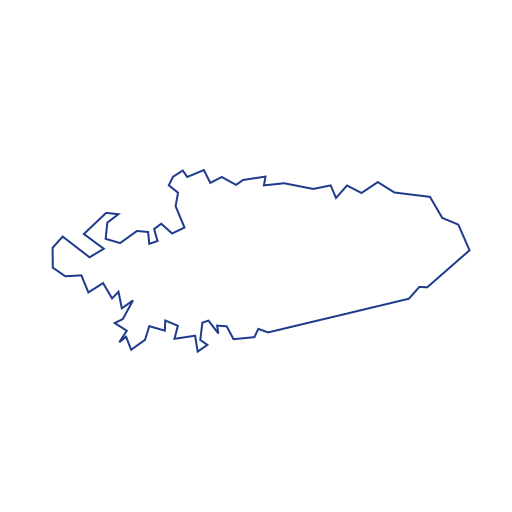 outline of Garrard, Kentucky, United States of America, rotated 306°
{"feature_id": "52423323B74527006029943", "entity_name": "Garrard", "entity_type": "district", "adm_level": 2, "iso_a3": "USA", "parent_name": "United States of America", "parent_adm1": "Kentucky", "projection": "albers", "projection_center": [-84.593, 37.65], "detail": "fine", "context": "isolated", "style": "outline", "palette": "blue", "viewbox_px": 512, "rotation_deg": 306, "n_neighbors": 0, "source": "geoboundaries", "source_scale": "gbopen_adm2", "svg_char_len": 1134}
<svg xmlns="http://www.w3.org/2000/svg" viewBox="0 0 512 512"><g transform="rotate(306 256 256)"><path d="M127.1,98.5L127.5,113.6L137.7,126.1L128.0,141.8L144.2,148.2L137.1,164.5L146.2,165.8L134.8,178.2L147.8,182.6L126.7,185.3L118.7,181.1L119.6,195.4L105.9,196.1L114.3,198.3L106.8,210.1L122.9,215.5L136.5,210.9L142.0,226.1L150.5,220.5L153.6,233.8L141.1,238.7L155.7,253.6L144.4,265.0L155.5,268.9L155.3,260.3L170.5,251.8L175.8,255.5L171.2,271.1L176.8,265.5L181.9,273.6L175.5,286.7L189.4,302.4L198.4,300.7L201.3,310.7L311.3,404.8L327.0,406.3L331.3,412.9L386.1,425.4L400.3,401.3L396.3,384.3L406.1,362.0L388.7,330.6L387.4,311.1L369.0,304.3L366.5,288.2L350.0,286.6L357.0,274.9L343.9,262.9L331.4,236.0L317.8,220.9L325.8,217.0L310.0,200.9L301.8,198.0L299.8,181.9L288.3,176.0L294.9,163.3L279.5,153.9L282.1,146.5L271.4,142.3L261.9,143.9L261.4,155.7L249.0,161.7L237.0,181.4L224.9,174.9L226.4,160.4L218.0,157.7L210.2,167.5L203.1,162.5L212.0,154.6L206.3,145.0L186.6,138.5L181.5,124.3L195.6,116.1L208.9,120.1L202.8,109.4L172.6,103.8L172.4,128.6L157.1,122.1L158.1,88.2L143.1,86.6L127.1,98.5Z" fill="none" stroke="#1e3a8a" stroke-width="2"/></g></svg>